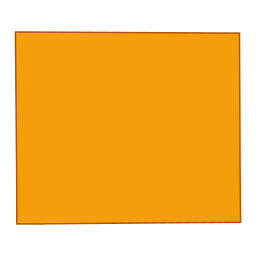 the district of Kiowa, Kansas, United States of America
{"feature_id": "52423323B18660860300625", "entity_name": "Kiowa", "entity_type": "district", "adm_level": 2, "iso_a3": "USA", "parent_name": "United States of America", "parent_adm1": "Kansas", "projection": "equal_earth", "projection_center": [-99.379, 37.558], "detail": "fine", "context": "isolated", "style": "filled", "palette": "amber", "viewbox_px": 256, "rotation_deg": 0, "n_neighbors": 0, "source": "geoboundaries", "source_scale": "gbopen_adm2", "svg_char_len": 242}
<svg xmlns="http://www.w3.org/2000/svg" viewBox="0 0 256 256"><path d="M15.4,32.0L16.7,176.9L16.8,223.9L21.9,223.9L43.7,224.0L45.5,223.8L240.6,222.2L240.1,175.4L239.5,33.1L15.4,32.0Z" fill="#f59e0b" stroke="#b45309" stroke-width="1.5"/></svg>